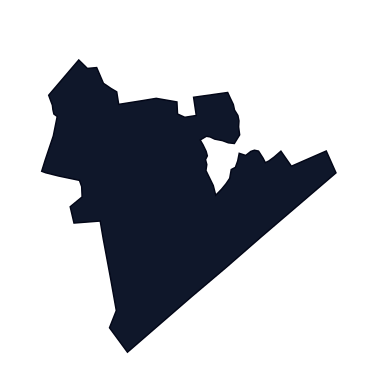 Boqueirão do Piauí, Piauí, Brazil, rotated 171°
{"feature_id": "56859067B46313379568207", "entity_name": "Boqueirão do Piauí", "entity_type": "district", "adm_level": 2, "iso_a3": "BRA", "parent_name": "Brazil", "parent_adm1": "Piauí", "projection": "natural_earth1", "projection_center": [-42.125, -4.538], "detail": "fine", "context": "isolated", "style": "filled", "palette": "ink", "viewbox_px": 384, "rotation_deg": 171, "n_neighbors": 0, "source": "geoboundaries", "source_scale": "gbopen_adm2", "svg_char_len": 1147}
<svg xmlns="http://www.w3.org/2000/svg" viewBox="0 0 384 384"><g transform="rotate(171 192 192)"><path d="M170.4,112.0L130.8,136.8L46.8,188.4L53.0,211.5L89.8,201.9L97.8,218.4L105.3,213.7L111.3,210.6L115.0,209.5L116.5,214.2L119.9,222.0L123.8,223.5L127.5,222.9L133.2,219.7L139.3,222.8L142.0,215.5L145.3,209.5L149.7,208.1L152.6,199.6L157.2,194.7L162.5,190.0L169.1,185.1L170.0,195.1L174.9,211.0L173.1,216.8L173.6,221.9L171.2,225.3L171.7,230.0L173.7,236.7L175.8,242.1L169.1,244.8L165.5,243.6L161.3,240.7L153.9,238.0L148.4,234.9L142.6,233.3L136.0,241.0L135.8,249.0L134.5,254.9L134.7,260.4L137.2,266.3L137.5,272.0L139.6,279.0L141.2,284.7L175.6,285.3L175.8,266.9L187.4,266.9L194.1,271.3L192.8,283.3L212.7,290.1L226.0,290.0L250.7,290.0L250.7,302.7L255.9,307.0L262.5,313.2L266.7,329.8L276.0,330.4L283.2,340.1L318.4,310.0L317.3,304.4L316.3,299.6L316.5,295.1L316.2,290.6L313.3,287.7L320.2,269.1L332.0,246.5L337.2,236.0L333.5,233.9L321.3,228.7L301.3,221.1L300.1,214.6L301.3,204.3L314.6,196.5L313.4,179.8L287.2,177.7L287.0,159.8L285.9,118.7L285.3,86.7L294.7,70.8L280.8,43.9L208.5,88.9L170.4,112.0Z" fill="#0f172a" stroke="#020617" stroke-width="1.5"/></g></svg>